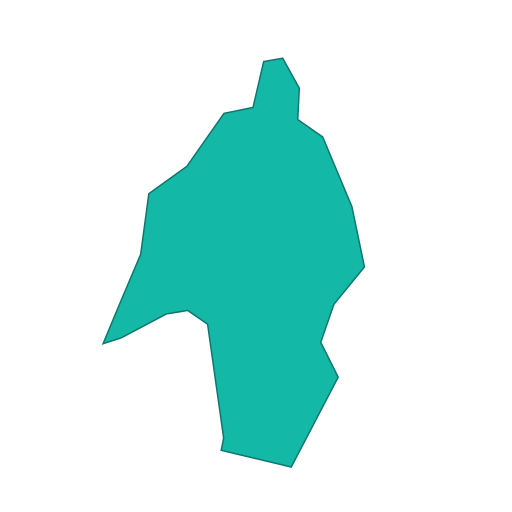 the County of Dublin, rotated 113°
{"feature_id": "IRL-5575", "entity_name": "Dublin", "entity_type": "County", "adm_level": 1, "iso_a3": "IRL", "parent_name": "Ireland", "parent_adm1": "", "projection": "natural_earth1", "projection_center": [-6.257, 53.366], "detail": "fine", "context": "isolated", "style": "filled", "palette": "teal", "viewbox_px": 512, "rotation_deg": 113, "n_neighbors": 0, "source": "natural_earth", "source_scale": "10m", "svg_char_len": 468}
<svg xmlns="http://www.w3.org/2000/svg" viewBox="0 0 512 512"><g transform="rotate(113 256 256)"><path d="M448.5,212.1L436.3,214.6L337.7,273.9L332.8,297.6L344.4,315.9L383.9,348.0L396.5,362.5L350.2,362.8L299.6,362.8L240.5,379.0L200.5,354.7L137.2,341.2L120.4,316.8L74.0,324.9L63.5,308.7L84.6,281.7L114.1,270.9L120.4,241.1L173.1,187.0L223.7,151.9L270.0,165.4L310.1,162.7L335.4,133.0L436.5,141.1L448.5,212.1Z" fill="#14b8a6" stroke="#0f766e" stroke-width="1.5"/></g></svg>